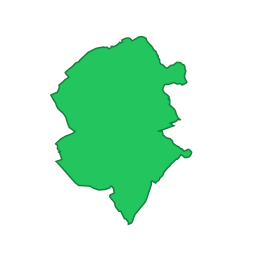 Acatlán, Veracruz, Mexico (Albers equal-area conic projection), rotated 332°
{"feature_id": "50627088B71812664206882", "entity_name": "Acatlán", "entity_type": "district", "adm_level": 2, "iso_a3": "MEX", "parent_name": "Mexico", "parent_adm1": "Veracruz", "projection": "albers", "projection_center": [-96.837, 19.689], "detail": "fine", "context": "isolated", "style": "filled", "palette": "green", "viewbox_px": 256, "rotation_deg": 332, "n_neighbors": 0, "source": "geoboundaries", "source_scale": "gbopen_adm2", "svg_char_len": 4934}
<svg xmlns="http://www.w3.org/2000/svg" viewBox="0 0 256 256"><g transform="rotate(332 128 128)"><path d="M205.0,94.9L203.1,93.6L201.8,93.0L199.9,93.2L198.1,93.8L195.1,92.8L192.7,93.2L191.2,93.6L189.8,93.0L189.0,90.5L188.0,87.9L186.8,86.8L187.0,84.5L188.1,82.1L187.6,80.0L188.4,79.0L188.4,77.7L188.1,76.5L188.6,73.2L188.4,73.0L187.5,71.5L187.5,70.9L187.5,69.0L187.4,68.0L187.2,66.9L186.1,62.9L185.5,60.6L185.7,58.9L186.0,57.4L184.7,55.3L182.4,53.4L180.3,52.7L177.3,52.9L176.7,52.9L175.3,53.0L175.1,53.0L173.4,53.0L172.5,53.0L172.0,50.3L170.6,48.6L168.2,47.7L163.8,47.5L163.7,48.6L163.7,49.3L163.3,49.3L161.6,49.5L161.1,48.4L160.9,48.5L158.2,49.4L156.5,49.6L156.4,49.5L153.3,49.4L152.6,48.9L152.1,48.2L151.7,48.1L151.6,48.3L151.2,48.8L149.9,49.2L148.6,49.1L147.9,48.1L147.4,46.8L145.7,46.2L144.5,45.1L144.2,45.0L140.7,43.8L138.6,43.1L137.1,42.8L136.9,42.7L133.0,42.6L129.7,42.5L129.0,42.5L128.1,42.6L125.8,43.2L125.0,43.4L123.0,44.0L121.0,44.5L120.8,44.6L120.4,44.7L117.0,45.5L116.2,46.3L115.2,46.5L113.6,46.1L112.5,46.1L110.7,46.5L108.9,47.2L107.3,47.6L103.9,48.3L98.7,49.4L98.6,49.8L98.6,50.6L98.8,51.7L99.2,53.2L99.6,55.5L96.7,55.7L95.4,55.7L91.2,57.0L87.2,57.7L86.3,60.2L83.7,62.3L82.3,63.3L77.9,62.9L75.6,62.7L75.4,62.7L75.4,66.2L75.4,66.7L75.6,69.2L75.6,69.6L75.8,71.7L75.8,72.0L75.5,73.9L75.3,74.8L75.3,76.3L75.3,77.8L75.8,79.4L76.4,81.4L76.6,81.8L76.7,82.1L77.7,84.5L78.0,87.2L78.2,89.2L78.2,89.6L77.6,92.0L77.1,94.7L76.8,96.1L76.8,96.3L76.7,96.7L76.7,97.4L76.8,97.8L76.8,98.7L76.3,99.8L79.5,106.3L77.3,106.6L75.9,106.8L75.0,106.6L74.8,106.6L73.7,106.5L72.8,106.4L70.2,106.0L69.7,106.0L69.0,105.9L68.2,105.9L66.5,106.0L65.1,106.1L63.4,106.3L63.2,106.3L61.5,106.7L61.4,106.7L60.8,106.9L59.5,107.2L59.2,107.3L58.9,107.3L56.7,108.0L56.9,108.9L57.6,110.0L57.0,111.9L56.3,112.4L55.9,113.4L57.2,117.0L56.6,117.1L56.2,116.9L55.5,116.7L55.8,117.6L56.0,118.0L55.8,119.3L54.8,124.8L48.9,123.8L49.3,125.1L50.9,131.2L51.2,132.3L51.7,134.7L52.0,136.0L52.4,137.4L52.5,138.1L53.6,142.9L53.7,143.3L54.2,145.5L54.4,146.2L54.6,147.1L54.9,148.3L55.1,149.0L55.3,149.8L55.7,151.6L56.0,152.2L57.6,155.7L58.0,155.9L59.4,156.8L60.2,157.2L62.0,158.3L62.8,158.8L67.1,161.4L69.0,164.5L70.5,166.3L71.1,166.9L72.9,168.8L73.0,168.9L76.5,170.5L79.2,171.6L83.3,172.2L84.0,172.0L85.2,171.6L86.1,171.4L86.6,173.5L86.8,174.6L86.2,176.4L85.3,178.9L80.6,178.8L79.7,180.0L79.9,182.6L80.7,185.0L81.1,187.8L80.4,189.6L80.1,192.4L80.6,195.5L80.9,197.2L81.3,197.4L82.6,198.3L82.3,206.4L83.4,207.2L83.8,209.7L84.1,211.3L83.1,213.2L86.1,213.5L87.0,213.2L87.7,212.9L87.8,212.8L90.9,209.8L93.0,208.1L93.8,207.5L98.5,205.6L99.7,205.1L101.1,204.5L102.7,203.8L106.6,202.3L106.8,202.2L108.9,201.2L112.1,198.4L112.7,197.8L114.1,196.5L115.5,195.1L119.0,191.9L119.4,191.5L122.3,188.6L123.1,187.0L123.1,186.2L124.6,186.3L125.5,187.9L126.0,188.7L126.5,189.6L128.4,188.8L130.3,188.7L131.9,188.0L132.6,187.0L134.2,186.9L136.0,186.3L137.3,185.5L139.2,183.7L139.7,183.6L142.5,182.5L144.9,181.6L147.3,181.1L148.7,180.2L150.1,179.7L151.5,179.5L155.5,178.4L156.1,178.2L156.9,178.7L159.3,178.0L160.5,177.0L162.4,176.4L163.1,177.9L163.4,178.6L164.1,180.6L165.3,181.3L166.4,181.6L166.7,181.7L168.5,182.2L170.9,181.2L172.9,179.2L172.5,177.9L172.4,177.3L172.3,176.7L172.2,176.5L171.8,175.7L171.6,175.5L171.3,175.2L170.9,175.1L170.7,175.0L170.4,175.0L170.1,175.0L169.9,175.0L169.5,175.1L169.3,175.1L169.0,175.0L166.5,174.9L166.2,173.0L165.9,172.0L165.7,171.3L164.7,171.1L164.1,168.6L163.0,167.2L162.8,166.9L162.4,166.2L161.7,165.1L160.8,163.2L160.5,162.5L161.1,161.1L161.0,160.7L160.9,159.8L161.0,159.3L160.7,158.6L160.4,158.2L160.3,157.8L160.3,157.5L160.1,157.0L159.7,156.8L158.9,156.1L158.1,155.5L158.0,155.4L157.8,155.1L157.3,154.6L156.6,153.2L156.3,152.1L156.1,151.3L155.6,150.9L155.9,149.7L156.2,148.7L156.8,146.5L156.3,146.6L156.0,146.4L155.5,146.4L155.0,145.8L154.8,145.5L154.3,145.7L154.0,145.6L153.7,145.2L169.5,147.5L169.0,146.9L168.4,146.2L168.4,145.7L168.8,145.1L167.8,144.1L167.5,143.7L167.9,143.6L169.7,143.7L170.8,144.3L171.9,144.4L172.6,144.7L172.9,144.5L173.7,144.4L173.8,144.6L174.8,144.3L176.2,143.9L176.6,143.7L177.2,144.9L177.8,145.2L178.0,145.1L177.7,144.3L177.2,143.5L176.9,142.7L177.0,141.7L176.9,139.9L177.2,138.0L177.7,135.8L177.7,135.0L177.8,134.1L177.8,133.7L177.7,133.2L177.4,132.0L177.4,131.9L176.9,130.5L176.3,128.9L175.5,126.5L175.8,126.3L176.7,125.5L177.8,123.5L178.2,122.2L177.1,122.0L177.3,121.0L178.4,120.8L178.9,119.5L178.6,118.4L178.4,117.8L178.3,117.5L177.2,115.2L176.6,113.8L176.5,110.9L177.5,109.3L179.3,107.9L180.7,106.9L182.0,107.5L182.3,107.6L183.0,108.0L184.6,108.5L187.4,109.1L187.9,109.2L189.6,109.3L190.9,110.6L191.1,111.3L192.0,112.2L193.3,112.7L194.4,113.1L195.2,113.9L195.8,114.6L196.0,115.5L196.9,115.5L199.9,115.7L201.5,115.1L201.5,112.5L201.6,110.6L202.1,108.7L202.9,108.0L204.1,106.7L205.8,104.9L206.1,102.5L206.2,102.3L206.9,100.7L207.1,99.0L206.5,98.1L205.9,97.3L205.0,94.9Z" fill="#22c55e" stroke="#15803d" stroke-width="1.5"/></g></svg>